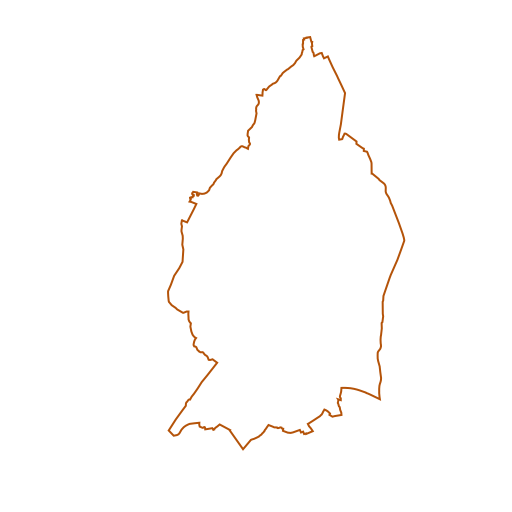 the district of Tomesti, Iasi, Romania, rotated 68°
{"feature_id": "2599482B1049926597477", "entity_name": "Tomesti", "entity_type": "district", "adm_level": 2, "iso_a3": "ROU", "parent_name": "Romania", "parent_adm1": "Iasi", "projection": "mercator", "projection_center": [27.701, 47.108], "detail": "fine", "context": "isolated", "style": "outline", "palette": "amber", "viewbox_px": 512, "rotation_deg": 68, "n_neighbors": 0, "source": "geoboundaries", "source_scale": "gbopen_adm2", "svg_char_len": 6081}
<svg xmlns="http://www.w3.org/2000/svg" viewBox="0 0 512 512"><g transform="rotate(68 256 256)"><path d="M435.4,236.3L434.8,236.1L433.1,235.6L430.2,235.6L427.5,235.0L427.1,235.1L426.4,235.4L425.3,235.3L424.4,235.1L423.0,235.2L422.7,235.1L422.4,234.8L420.9,233.9L420.2,233.5L419.6,233.6L421.4,231.4L419.7,230.7L418.5,231.0L417.6,230.8L416.5,230.0L415.9,229.5L414.3,228.3L413.2,227.6L410.3,226.2L411.5,223.1L413.0,219.9L414.0,217.9L415.8,215.0L417.6,212.5L419.3,210.4L423.7,205.4L424.2,205.0L424.4,205.0L425.4,203.8L427.5,201.8L435.2,194.8L433.1,194.3L429.4,193.2L427.7,192.5L425.2,191.5L422.6,190.2L420.9,189.0L419.4,187.7L417.8,186.6L415.9,185.7L410.0,184.2L404.7,182.7L399.2,182.1L396.7,181.6L393.8,180.5L391.3,179.4L390.4,178.6L388.7,175.7L387.9,174.9L386.7,174.0L385.4,173.5L383.7,173.1L380.3,171.9L377.6,170.6L376.2,169.7L370.3,166.5L365.4,164.7L365.0,164.4L364.8,163.7L364.0,163.2L359.6,160.7L357.1,160.1L345.9,155.7L345.0,154.8L340.8,152.8L326.5,140.4L324.1,138.2L312.6,126.4L304.5,119.1L297.6,113.0L296.9,112.6L294.3,112.1L290.2,111.7L279.3,111.2L260.3,110.9L257.4,111.2L254.9,110.9L251.8,110.9L250.3,111.1L247.6,111.7L246.5,111.8L245.3,111.7L244.5,111.5L241.3,110.1L240.2,109.8L239.1,109.7L237.9,109.8L236.7,110.2L232.0,113.0L231.0,113.3L230.6,113.3L223.1,117.4L222.9,117.9L213.5,114.2L212.3,113.9L208.9,113.8L204.6,114.0L202.0,113.9L200.9,114.0L199.0,116.7L196.9,115.8L195.9,116.8L189.6,120.9L187.5,119.9L176.6,126.6L175.8,127.6L175.7,128.1L176.2,128.5L177.0,129.4L178.1,130.7L179.0,131.5L179.7,132.0L179.9,132.4L179.3,135.3L177.4,134.9L174.9,133.8L173.7,133.1L172.7,132.5L165.9,128.1L163.1,126.5L153.4,121.0L138.3,112.4L130.3,112.8L122.1,113.3L119.4,113.4L109.7,114.2L100.4,114.6L97.9,114.6L98.2,118.9L95.9,119.1L92.4,119.0L92.0,120.9L92.5,125.8L92.6,127.2L91.9,127.2L89.8,126.7L89.0,126.6L88.5,126.8L88.3,126.9L88.0,127.0L83.3,126.4L82.9,126.3L82.6,126.1L82.5,125.2L80.2,124.6L79.5,124.3L78.6,123.7L78.1,124.4L73.3,123.8L72.5,127.0L72.8,127.0L72.2,130.1L73.4,130.3L73.3,131.4L76.9,132.9L77.1,133.4L79.7,134.3L82.2,134.5L82.5,135.6L84.5,136.9L84.8,137.3L86.3,138.2L88.4,141.4L90.0,145.3L90.4,145.9L91.8,147.6L92.7,149.4L93.0,150.0L93.5,152.4L94.8,156.4L94.8,157.3L95.8,160.9L96.4,162.7L98.2,165.3L98.3,166.4L101.5,170.5L102.0,171.4L102.3,172.1L102.6,173.0L102.7,174.2L102.6,175.9L102.8,176.5L103.2,177.5L103.3,178.3L103.8,180.3L104.2,181.1L105.6,183.6L105.9,184.1L106.0,184.6L105.7,185.0L104.5,185.5L104.3,185.8L104.2,186.5L104.4,187.2L107.1,188.8L107.9,189.1L109.7,190.0L106.9,194.8L106.8,195.1L109.4,195.4L112.5,195.3L113.5,195.4L114.9,195.9L115.4,196.2L116.0,196.7L116.8,197.9L117.0,198.5L117.6,199.5L118.0,199.8L118.9,200.5L120.4,201.0L121.4,201.6L124.0,202.1L129.6,205.7L131.8,207.3L132.5,208.0L133.1,209.2L133.7,210.1L134.9,211.4L136.9,216.4L139.8,218.1L141.2,218.7L142.2,218.6L142.8,218.2L143.7,218.1L145.6,219.1L146.8,219.4L147.6,219.7L148.5,219.7L149.1,219.5L149.6,219.5L150.3,219.9L151.3,221.9L153.6,223.3L152.8,224.0L151.8,224.7L151.0,225.8L149.2,227.4L148.8,228.4L148.9,229.6L149.3,230.1L150.3,232.8L150.7,234.5L152.3,238.2L155.1,242.5L159.5,248.7L161.2,251.5L162.1,252.7L164.5,255.5L166.6,257.0L167.9,258.5L168.6,260.0L170.0,264.1L170.7,264.8L172.3,267.5L173.1,268.1L173.7,269.1L174.2,270.5L175.5,273.2L177.4,274.8L177.9,275.8L178.7,277.8L178.8,278.9L178.8,280.6L178.2,282.8L176.6,285.3L177.3,285.6L178.0,286.3L178.4,287.1L178.0,287.8L176.9,287.8L175.0,286.8L173.0,290.2L173.6,290.7L173.6,290.9L173.6,291.1L173.9,291.7L174.6,291.9L175.1,291.9L175.8,291.3L176.3,290.8L177.1,291.4L176.9,292.0L177.8,292.8L177.3,293.6L177.2,294.2L177.2,295.3L178.3,295.6L178.8,295.1L179.8,296.0L180.7,297.2L181.7,295.7L185.4,291.8L189.2,296.0L199.0,307.3L195.4,311.1L195.1,311.2L195.1,311.3L198.2,313.2L200.7,313.5L204.1,315.4L205.4,315.9L209.8,316.4L212.6,317.4L217.9,320.1L222.7,320.9L233.9,326.3L238.5,331.7L243.7,339.3L250.8,345.7L255.7,350.7L257.4,351.4L260.6,352.5L265.0,353.8L266.0,353.9L270.0,352.6L274.1,349.9L276.0,349.1L281.3,345.0L281.5,344.5L281.5,342.8L281.5,341.1L282.2,339.4L284.5,340.5L288.0,341.7L289.6,342.3L291.3,342.4L292.8,342.1L294.0,341.6L296.9,343.3L301.7,344.2L305.2,344.3L307.1,343.8L308.5,343.2L309.6,342.3L310.2,343.3L310.7,344.0L312.2,345.4L314.3,346.8L315.1,347.2L316.0,347.2L316.7,347.1L317.3,346.1L317.7,345.8L318.3,345.5L319.6,345.5L320.4,345.5L321.0,345.5L321.6,345.3L322.4,344.7L323.0,344.7L324.5,343.5L325.2,341.5L326.0,341.0L326.9,340.9L328.8,340.2L329.9,339.3L331.0,338.8L332.3,338.7L334.4,338.8L334.6,338.7L334.8,338.4L335.3,337.2L335.4,336.0L335.5,335.0L340.4,332.0L348.4,345.9L352.6,353.6L354.9,356.8L357.1,359.9L360.5,365.1L362.3,368.3L364.4,370.9L364.1,371.3L364.0,371.8L364.1,372.1L364.3,372.9L365.3,374.4L365.7,375.5L366.7,376.3L368.6,377.2L371.5,382.0L377.5,391.6L385.1,402.3L391.8,399.6L392.4,396.5L392.4,395.9L392.3,394.7L391.6,393.3L389.1,390.1L387.7,387.2L387.3,385.7L387.0,384.3L386.8,381.9L386.8,380.4L388.1,375.5L389.4,371.0L390.6,371.6L391.7,371.9L393.1,372.1L395.2,370.0L395.4,369.6L395.4,369.2L395.3,368.9L395.2,368.5L395.2,368.2L395.3,367.9L395.6,367.6L395.9,367.6L396.3,367.6L397.7,368.0L398.3,365.5L398.6,364.1L399.0,362.3L399.3,361.0L400.2,360.8L401.2,360.7L401.2,359.7L400.7,359.6L399.9,357.3L399.6,355.9L398.6,352.8L407.6,345.3L407.8,345.7L430.3,340.4L424.6,329.6L424.6,328.5L424.8,326.3L424.7,324.0L424.5,321.0L424.0,319.9L423.6,317.9L422.9,316.8L422.2,314.9L421.7,314.4L421.5,313.7L420.7,313.0L419.9,311.5L418.9,310.1L417.4,307.7L420.7,304.2L421.2,303.8L421.5,303.5L421.9,303.0L422.5,301.5L422.9,300.7L423.3,300.5L423.6,300.5L424.0,299.5L424.0,298.4L424.0,297.8L424.2,297.3L424.5,296.9L424.7,296.6L425.4,296.6L426.0,296.3L426.4,295.5L428.2,296.5L431.7,292.7L433.0,290.2L433.4,287.9L433.7,280.5L436.5,280.4L436.5,278.1L439.1,278.1L439.3,276.0L439.8,276.1L439.8,275.6L439.7,269.0L437.7,269.4L436.3,269.7L433.7,270.6L431.1,270.8L431.0,269.8L429.9,263.9L429.0,259.5L428.5,256.8L427.8,255.3L427.7,254.7L427.3,254.1L426.5,253.1L425.8,252.4L424.0,250.1L425.1,249.0L425.5,248.7L426.7,247.8L427.9,247.2L429.8,246.4L430.8,247.4L433.6,245.3L433.9,243.1L435.4,236.3Z" fill="none" stroke="#b45309" stroke-width="2"/></g></svg>